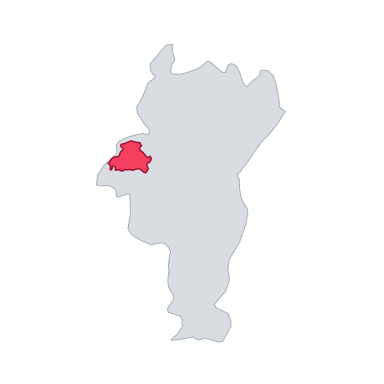 Kocevje on a map of Slovenia (Mercator projection), rotated 116°
{"feature_id": "SVN-207", "entity_name": "Kocevje", "entity_type": "Municipality", "adm_level": 1, "iso_a3": "SVN", "parent_name": "Slovenia", "parent_adm1": "", "projection": "mercator", "projection_center": [14.941, 45.623], "detail": "fine", "context": "in_parent", "style": "filled", "palette": "rose", "viewbox_px": 384, "rotation_deg": 116, "n_neighbors": 0, "source": "natural_earth", "source_scale": "10m", "svg_char_len": 2869}
<svg xmlns="http://www.w3.org/2000/svg" viewBox="0 0 384 384"><g transform="rotate(116 192 192)"><path d="M334.2,146.1L326.2,142.9L316.5,141.6L314.7,143.3L310.8,145.1L308.9,148.3L310.4,160.7L308.0,162.9L297.1,161.6L293.4,163.0L287.5,171.7L281.4,175.3L273.6,177.9L267.9,181.1L260.6,183.8L254.4,185.4L252.0,189.2L250.5,193.4L250.9,197.4L257.2,205.3L258.0,213.8L257.3,224.1L255.9,229.6L253.4,233.3L237.9,238.0L221.9,246.5L221.5,248.4L228.8,255.9L229.1,257.8L223.1,262.0L222.5,266.3L223.2,271.2L226.4,276.3L227.6,280.9L218.7,284.2L206.8,283.0L192.7,276.6L187.7,277.6L182.9,280.8L178.0,279.4L172.6,275.5L165.0,267.4L161.3,262.4L159.8,257.0L157.7,256.2L154.5,257.8L151.9,264.3L144.9,275.9L139.7,279.0L131.8,278.3L120.8,278.5L113.9,279.5L105.5,275.4L103.5,276.2L103.4,278.9L100.3,283.1L95.2,285.9L71.3,279.6L67.9,274.4L73.3,272.0L80.8,265.3L85.8,266.0L92.1,264.6L94.8,261.7L90.8,253.2L80.9,242.7L75.6,238.8L68.4,236.1L67.1,233.3L71.2,216.7L69.9,214.3L61.7,215.1L59.7,213.3L59.0,210.5L59.6,206.5L65.2,200.0L71.4,194.3L73.1,191.0L72.8,188.5L64.9,186.0L60.1,183.3L56.3,182.4L53.7,183.9L51.7,182.3L49.8,177.4L51.7,170.1L58.9,163.3L66.6,157.3L73.3,152.9L77.1,151.0L79.0,143.5L82.9,144.2L90.9,144.7L99.7,146.4L107.9,148.5L115.2,151.1L130.4,153.9L144.2,155.6L148.4,157.2L151.8,157.0L156.0,159.3L158.5,157.6L160.3,154.5L167.8,150.9L174.7,146.2L179.6,140.3L182.3,135.5L187.1,132.2L192.2,131.2L196.8,129.5L216.5,127.3L236.6,129.0L246.2,125.7L254.1,120.0L265.7,118.3L266.3,118.3L283.6,122.7L284.9,120.1L285.6,119.0L285.3,106.3L290.8,100.6L295.9,98.1L313.1,98.9L315.4,102.8L316.3,108.8L317.8,116.9L320.7,119.1L322.3,122.3L322.0,127.8L325.3,132.0L333.2,143.2L334.2,146.1Z" fill="#d9dde1" stroke="#a8b0b8" stroke-width="1"/><path d="M202.8,280.0L201.9,279.2L197.5,279.1L196.6,278.3L195.5,277.8L194.7,277.7L193.6,275.1L191.7,273.3L191.1,273.2L190.4,273.3L189.0,273.8L187.9,273.8L186.4,273.5L185.0,272.7L184.5,272.6L183.9,272.8L183.1,273.5L182.8,274.0L182.6,274.8L182.1,276.0L181.9,276.4L181.5,276.6L180.2,276.4L178.3,274.2L174.7,270.8L173.1,269.7L172.6,268.6L172.5,268.2L172.6,267.9L172.6,267.3L172.3,266.8L171.7,264.1L170.6,260.0L172.0,258.8L172.5,257.6L174.6,258.5L176.0,258.2L176.6,257.4L177.6,255.4L177.7,254.1L180.7,247.1L178.3,245.1L179.9,243.2L181.1,243.2L181.9,242.8L182.9,243.0L184.3,243.5L185.0,243.9L185.6,245.0L187.3,244.8L190.1,241.7L191.3,241.4L195.2,242.1L195.3,244.3L195.0,245.3L194.2,249.2L194.7,250.3L195.1,251.1L196.8,253.1L198.6,255.2L199.0,257.5L200.2,259.6L201.9,262.8L203.5,263.4L204.0,265.0L203.9,265.7L204.4,266.9L204.4,268.4L204.8,269.0L205.9,270.1L205.9,270.6L205.6,270.8L205.3,270.6L204.9,270.6L204.7,270.9L204.2,271.1L203.4,272.2L203.1,273.7L203.4,274.4L204.0,274.7L205.0,274.5L206.0,274.1L207.0,274.0L207.7,274.5L207.8,275.1L207.5,275.5L206.2,275.8L205.2,276.3L204.6,276.7L203.6,278.0L202.8,280.0Z" fill="#f43f5e" stroke="#9f1239" stroke-width="1.5"/></g></svg>